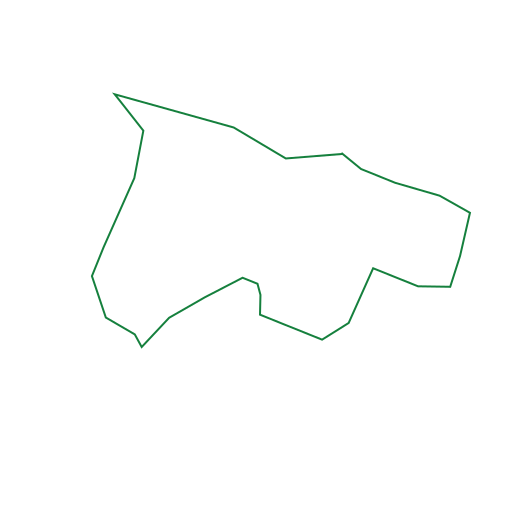 the district of Kävlinge, Skåne, Sweden, rotated 22°
{"feature_id": "70781695B14589656511888", "entity_name": "Kävlinge", "entity_type": "district", "adm_level": 2, "iso_a3": "SWE", "parent_name": "Sweden", "parent_adm1": "Skåne", "projection": "albers", "projection_center": [13.079, 55.8], "detail": "fine", "context": "isolated", "style": "outline", "palette": "green", "viewbox_px": 512, "rotation_deg": 22, "n_neighbors": 0, "source": "geoboundaries", "source_scale": "gbopen_adm2", "svg_char_len": 570}
<svg xmlns="http://www.w3.org/2000/svg" viewBox="0 0 512 512"><g transform="rotate(22 256 256)"><path d="M64.4,159.0L71.5,163.0L104.6,182.0L114.0,229.4L111.4,305.2L111.4,336.1L139.8,369.3L173.0,374.1L184.1,383.2L198.6,345.8L224.0,313.5L251.7,281.2L267.8,281.2L274.7,290.4L281.7,308.9L307.0,308.9L348.6,308.8L354.4,300.8L367.0,283.4L369.2,223.5L417.6,223.4L442.4,213.8L447.6,211.8L445.2,179.6L438.2,135.8L403.6,131.3L381.1,133.6L357.6,136.0L320.8,136.0L297.7,128.8L297.7,129.1L247.1,154.4L187.2,145.2L64.4,159.0Z" fill="none" stroke="#15803d" stroke-width="2"/></g></svg>